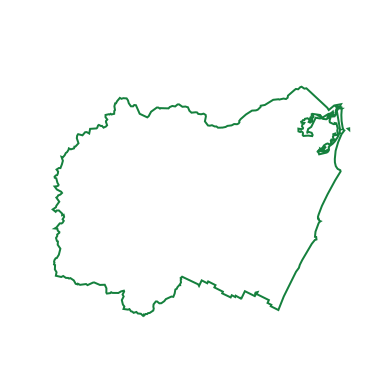 Tweed, New South Wales, Australia, rotated 17°
{"feature_id": "25037944B14398404968325", "entity_name": "Tweed", "entity_type": "district", "adm_level": 2, "iso_a3": "AUS", "parent_name": "Australia", "parent_adm1": "New South Wales", "projection": "natural_earth1", "projection_center": [153.453, -28.35], "detail": "fine", "context": "isolated", "style": "outline", "palette": "green", "viewbox_px": 384, "rotation_deg": 17, "n_neighbors": 0, "source": "geoboundaries", "source_scale": "gbopen_adm2", "svg_char_len": 5910}
<svg xmlns="http://www.w3.org/2000/svg" viewBox="0 0 384 384"><g transform="rotate(17 192 192)"><path d="M309.1,279.6L310.3,265.1L314.8,237.8L316.4,233.3L316.4,230.1L317.3,224.8L321.7,206.5L323.5,202.0L324.9,201.0L323.9,198.7L322.7,198.9L321.7,193.8L322.2,184.9L322.6,183.5L323.5,182.4L322.3,182.3L321.1,180.7L320.8,181.1L320.3,180.7L319.7,178.9L319.7,176.4L320.3,167.3L322.3,154.6L325.5,138.9L328.1,128.9L327.4,127.8L324.5,127.3L322.0,125.3L320.0,121.9L318.9,118.6L317.3,110.6L317.2,101.7L318.1,93.0L319.7,88.6L318.7,88.3L317.1,86.1L314.3,80.4L312.3,74.7L310.9,68.8L311.2,68.4L307.6,69.2L306.8,72.1L315.2,88.8L315.8,88.8L315.3,89.1L315.8,92.3L316.2,92.4L315.8,92.6L315.2,97.2L313.9,101.6L312.5,104.6L309.8,108.3L309.9,109.5L310.6,109.8L309.9,109.8L310.7,111.7L310.3,113.6L309.3,114.9L302.6,118.8L301.5,117.3L300.3,116.7L300.4,116.1L304.1,115.1L301.0,115.8L301.2,115.0L302.4,114.8L301.3,114.3L301.7,113.6L303.4,114.8L302.3,113.2L304.0,113.7L305.2,111.3L305.8,111.7L304.4,114.0L304.3,114.5L304.5,115.1L307.2,114.5L309.1,112.9L308.9,112.5L307.3,114.1L306.7,113.7L304.5,114.6L306.5,110.2L306.1,110.0L305.0,110.7L303.6,112.8L302.8,112.7L303.8,111.8L304.6,108.9L306.4,106.7L307.7,105.9L309.4,106.4L310.1,106.0L311.3,101.4L310.1,103.0L309.7,102.4L310.0,101.1L312.4,101.2L313.0,100.0L311.7,100.0L310.6,97.9L310.8,97.0L310.2,95.4L311.7,94.3L312.3,95.8L314.2,94.9L314.2,93.9L312.9,90.6L312.8,88.7L310.0,84.1L309.2,84.2L309.5,84.4L309.1,85.1L307.6,85.7L303.5,85.1L302.7,83.7L302.7,80.8L300.7,77.9L299.7,80.8L300.9,81.4L299.1,83.2L295.9,83.8L294.8,83.4L292.7,84.3L288.6,84.8L287.0,94.9L284.7,97.7L284.7,101.1L285.0,101.5L286.1,100.4L289.1,100.4L290.7,102.2L290.6,103.4L286.6,104.1L282.2,105.8L281.3,105.3L280.9,103.2L280.2,102.5L278.5,102.0L277.9,103.0L276.1,102.9L275.2,100.3L278.3,99.9L279.5,99.0L279.5,98.3L278.0,97.0L277.8,95.0L279.0,94.0L279.2,93.1L275.6,93.8L276.2,93.4L275.9,92.9L276.5,92.6L277.1,90.8L278.4,90.4L278.6,89.0L281.0,87.7L283.8,88.8L283.4,86.5L283.7,85.0L284.2,88.8L283.4,89.4L283.1,90.9L284.7,91.1L286.1,89.3L285.4,86.3L286.2,84.6L285.1,83.0L283.9,84.5L284.2,83.3L283.7,82.6L284.1,82.1L292.0,80.9L293.0,81.6L291.2,81.6L290.7,82.1L295.1,82.6L299.7,77.4L300.9,77.0L301.5,76.1L303.2,75.6L303.6,74.7L302.9,74.4L303.2,73.9L303.8,75.0L303.7,76.3L304.7,76.6L305.0,77.6L303.9,78.0L302.7,77.2L303.2,76.6L303.6,77.4L304.2,77.3L303.1,76.1L302.0,76.4L301.4,77.5L303.4,79.1L306.2,78.0L306.7,76.3L305.7,71.9L306.1,69.0L304.3,68.1L305.1,67.2L307.4,67.9L308.6,67.3L309.4,67.6L311.0,67.4L309.1,67.3L308.5,65.8L308.8,64.5L302.7,67.7L298.8,73.6L296.8,71.9L271.1,59.4L269.2,60.3L266.0,59.3L264.9,60.1L263.5,62.7L261.2,63.1L260.2,64.5L255.6,71.8L255.9,73.9L254.7,75.6L252.2,75.9L248.4,78.1L247.6,78.0L242.7,80.1L236.2,87.5L232.5,89.4L232.7,90.7L230.8,94.1L229.2,95.3L225.6,96.6L221.0,102.0L217.2,108.1L216.4,110.3L217.0,111.5L216.5,112.9L215.3,114.0L212.4,114.7L210.4,116.7L206.6,118.4L205.1,120.0L202.3,121.5L198.1,122.9L196.2,122.2L194.5,122.7L191.6,122.3L189.6,123.4L187.8,123.7L183.7,120.7L183.2,115.7L182.5,114.3L180.2,113.7L178.0,115.0L175.1,115.5L173.8,114.5L172.4,114.6L168.3,116.3L165.8,115.1L163.4,112.2L160.7,112.2L157.9,113.3L154.0,112.0L152.6,112.5L150.9,115.1L148.0,115.5L145.9,117.3L145.1,118.9L137.4,121.0L137.0,121.6L135.2,121.1L133.7,121.5L129.4,127.2L128.4,132.2L127.4,133.7L119.1,132.5L113.0,125.4L111.3,125.7L110.6,127.3L108.5,127.9L105.6,125.6L104.0,123.1L102.1,121.6L98.8,122.4L97.3,123.5L95.5,123.1L93.8,127.1L93.4,129.4L92.6,129.7L92.7,132.7L94.4,136.1L94.0,137.2L94.7,140.0L92.3,141.4L91.4,141.0L90.5,142.0L89.8,141.9L86.8,143.6L87.4,145.7L89.8,147.5L89.0,149.3L89.2,150.1L91.3,153.0L90.5,154.6L88.6,156.3L86.6,155.1L85.7,155.5L83.3,155.1L82.7,155.9L82.6,158.2L82.1,159.1L76.1,161.4L76.6,166.1L73.8,165.5L72.3,166.1L70.7,169.8L66.2,170.0L65.7,171.6L66.1,174.2L69.2,178.6L67.2,182.7L66.3,183.0L66.4,184.8L63.7,186.6L61.5,186.3L61.6,187.8L60.8,190.5L59.9,191.6L59.5,194.1L58.4,196.5L56.9,196.5L59.4,199.9L59.5,203.5L59.2,207.6L57.7,208.0L55.9,210.1L58.0,211.6L58.3,213.5L58.1,215.3L57.1,215.8L56.1,217.5L56.6,218.5L58.2,218.6L60.6,222.5L62.3,224.1L62.3,224.9L61.3,225.9L59.0,226.9L62.0,229.1L66.8,230.0L68.0,230.9L66.9,232.9L65.0,234.4L64.8,235.7L63.9,237.0L67.9,240.1L66.3,244.8L66.3,246.4L63.9,249.4L67.4,250.8L67.9,249.3L70.1,248.6L74.1,250.6L74.6,252.2L75.9,251.3L77.0,253.2L76.2,255.9L77.8,257.1L77.3,259.1L76.5,260.2L74.7,260.7L72.7,265.6L71.4,267.0L74.0,266.5L74.9,268.2L76.9,269.1L77.0,269.8L75.5,272.1L76.0,273.5L75.4,275.7L77.1,278.3L78.2,278.5L79.0,281.7L82.7,284.7L83.0,290.9L82.0,294.7L81.0,295.2L80.4,297.3L80.5,299.2L81.1,299.7L81.2,301.6L82.4,301.9L83.5,306.1L85.9,308.3L86.3,311.9L91.8,311.5L93.4,310.0L96.5,311.0L98.7,310.4L99.7,310.7L100.9,309.9L104.8,311.1L107.6,313.8L109.6,313.8L109.7,313.1L112.1,313.5L117.6,311.0L119.3,311.6L123.9,307.5L125.0,307.1L131.1,307.8L135.7,306.2L138.3,309.1L139.5,313.3L140.3,314.0L143.4,312.6L144.0,311.5L145.2,311.8L151.1,310.1L153.2,307.8L155.7,306.3L156.2,307.0L155.6,310.4L157.2,311.9L156.5,315.9L158.8,319.8L160.8,321.3L160.7,323.9L165.2,323.2L166.4,322.3L168.5,323.9L170.0,323.9L171.5,324.6L173.9,323.0L175.7,324.0L178.7,323.4L181.4,324.7L181.8,323.4L182.4,323.9L183.3,322.2L184.7,321.9L185.4,320.7L186.9,320.0L189.6,316.7L189.5,314.6L188.6,313.1L188.1,310.7L189.4,307.3L190.6,306.9L193.3,308.0L195.2,307.3L197.4,304.5L198.3,302.1L202.9,298.0L204.8,297.7L205.1,294.2L204.6,290.1L205.8,288.9L205.8,287.6L207.1,284.7L207.9,284.5L207.5,283.6L207.9,281.7L206.9,279.4L207.2,278.4L206.3,277.6L207.3,275.9L224.9,278.5L226.2,279.8L227.1,273.7L233.3,274.8L233.6,272.8L241.7,274.2L241.3,276.7L250.7,278.3L250.5,280.1L259.8,281.5L260.2,279.1L264.0,279.8L264.1,278.4L269.7,279.6L269.8,279.0L270.4,279.1L271.6,271.4L282.5,273.2L282.8,272.3L282.1,270.9L282.2,269.6L284.0,268.5L283.7,270.7L297.1,272.9L296.7,276.0L300.9,276.7L300.7,278.2L309.1,279.6ZM324.2,86.7L323.7,85.2L322.5,85.9L324.2,86.7Z" fill="none" stroke="#15803d" stroke-width="2"/></g></svg>